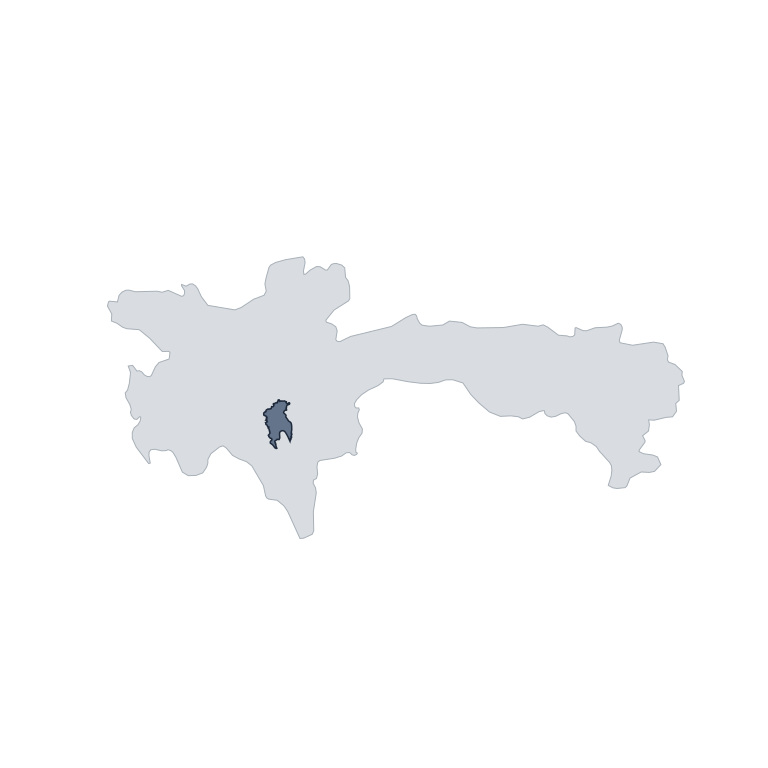 location of Kasy, Vientiane, Laos, rotated 312°
{"feature_id": "54806243B33776683357165", "entity_name": "Kasy", "entity_type": "district", "adm_level": 2, "iso_a3": "LAO", "parent_name": "Laos", "parent_adm1": "Vientiane", "projection": "mercator", "projection_center": [102.146, 19.097], "detail": "fine", "context": "in_parent", "style": "filled", "palette": "slate", "viewbox_px": 768, "rotation_deg": 312, "n_neighbors": 0, "source": "geoboundaries", "source_scale": "gbopen_adm2", "svg_char_len": 8597}
<svg xmlns="http://www.w3.org/2000/svg" viewBox="0 0 768 768"><g transform="rotate(312 384 384)"><path d="M283.0,131.5L286.2,137.5L301.2,153.4L303.7,157.7L309.2,161.0L313.8,175.1L315.7,176.0L318.2,175.0L320.0,173.1L321.6,167.6L322.6,167.0L324.3,171.5L328.5,172.9L330.3,174.8L330.8,178.2L330.2,181.7L326.7,189.7L324.6,200.5L339.2,223.5L345.3,226.7L359.8,230.4L369.7,235.5L374.3,234.3L378.6,228.6L383.9,225.4L393.7,220.5L396.5,220.2L401.9,222.2L410.8,227.9L424.2,238.6L423.7,241.4L421.3,244.2L414.1,248.5L411.8,251.2L413.2,252.2L419.2,252.9L426.2,255.3L428.4,258.1L429.6,264.5L430.8,265.6L437.4,264.9L439.4,265.8L441.7,267.9L444.1,273.1L444.0,277.1L437.5,284.1L436.7,288.2L433.4,293.2L424.5,301.5L422.1,302.0L405.6,297.4L392.5,298.1L391.4,299.8L393.6,304.8L394.3,309.8L392.2,313.6L384.7,318.5L384.4,320.6L386.0,322.9L396.9,327.3L431.8,351.1L447.7,355.7L454.8,358.7L456.6,360.4L456.5,362.5L454.7,365.1L453.1,369.8L453.1,372.6L454.7,375.3L457.5,379.3L467.3,388.3L474.5,390.5L482.0,400.8L484.2,409.8L487.9,415.6L506.0,435.1L521.1,447.0L530.1,459.9L534.5,462.8L535.8,467.5L537.0,481.0L542.2,487.8L543.3,490.5L545.6,492.5L548.1,492.9L553.5,488.5L554.5,489.1L556.9,496.3L559.1,498.9L567.1,503.3L575.6,511.8L580.1,515.0L585.9,517.4L586.7,520.1L585.6,522.9L583.8,524.7L573.9,529.6L572.6,531.8L579.1,542.8L595.5,556.3L600.6,564.4L599.5,568.3L595.0,576.2L591.6,578.4L590.7,580.8L593.2,587.3L592.9,597.2L589.8,599.6L586.9,605.6L584.9,606.1L579.9,603.9L569.4,614.3L564.8,613.8L559.5,619.6L552.7,620.4L548.0,616.0L538.0,609.1L534.4,604.7L531.3,608.5L526.0,612.0L518.6,610.8L516.6,616.0L515.1,616.9L506.1,617.8L504.4,618.7L505.8,623.4L511.2,631.5L512.8,636.1L509.4,643.7L500.1,643.5L495.9,640.4L490.7,634.0L478.7,629.8L470.7,632.7L468.3,632.5L462.3,627.1L460.0,623.6L458.7,618.5L467.8,614.3L472.4,611.0L475.5,607.6L476.7,604.0L478.2,589.0L479.6,583.7L478.8,577.2L476.3,572.0L476.3,564.4L477.6,558.1L481.1,555.0L483.5,550.6L485.0,540.5L483.9,537.9L480.5,535.5L474.7,533.1L471.1,530.2L469.6,526.6L469.7,523.5L471.5,520.7L467.1,517.7L456.7,514.4L450.8,510.4L449.6,505.8L445.3,499.7L437.8,492.1L433.8,481.2L433.4,467.0L434.3,455.4L437.6,442.0L433.2,432.3L428.4,427.1L421.7,423.4L415.3,418.0L409.2,410.9L401.9,400.5L393.5,386.7L387.8,380.5L384.9,381.9L378.7,380.6L369.4,376.6L361.2,374.5L354.3,374.2L349.8,375.1L347.7,377.2L347.5,379.3L349.3,381.3L348.3,382.9L344.7,384.1L341.7,386.4L338.4,391.4L336.1,398.1L332.7,400.6L327.4,401.2L322.1,403.1L317.0,406.3L314.5,408.7L314.8,410.4L313.7,410.8L311.2,409.9L310.0,407.7L310.1,404.2L307.5,401.9L302.1,400.7L295.9,397.0L284.2,387.5L281.6,387.1L277.7,389.5L272.7,394.9L268.6,397.0L265.3,395.9L262.8,397.8L261.0,402.6L257.8,406.5L242.0,416.8L227.9,430.0L224.3,431.2L215.7,427.5L213.0,424.9L224.8,397.8L226.5,391.2L226.1,382.4L221.2,375.2L220.9,373.0L221.7,370.8L227.8,362.4L234.7,340.6L234.3,333.8L231.3,326.3L229.6,319.2L230.9,309.6L230.4,305.8L227.1,303.9L216.3,302.0L210.1,303.6L207.1,306.2L203.5,307.8L196.7,308.8L190.3,305.5L184.9,299.9L183.6,293.1L190.3,278.4L192.0,272.8L191.8,270.1L190.6,267.3L189.0,266.9L185.6,263.5L182.2,257.4L179.0,254.6L176.1,255.1L173.3,257.4L168.8,263.2L167.4,262.4L171.3,242.1L175.1,233.4L179.5,229.4L184.2,227.7L189.1,228.4L193.3,227.6L196.6,225.5L196.3,224.3L192.3,224.0L190.8,221.7L191.6,217.3L193.3,214.5L196.0,213.2L198.7,208.8L201.2,201.4L204.3,197.6L207.9,197.5L214.1,194.3L222.9,188.0L226.2,181.9L229.6,184.7L228.3,191.7L230.1,193.2L230.9,195.8L230.4,199.7L231.1,203.1L232.5,204.7L234.4,205.5L243.7,202.6L249.4,202.4L258.8,207.6L264.3,203.8L264.3,202.3L259.8,197.4L261.2,179.5L260.6,165.8L252.9,155.7L251.3,151.7L250.5,145.0L248.4,139.3L253.9,134.8L256.8,126.4L260.7,124.3L261.9,124.6L266.6,131.0L272.6,127.8L277.1,127.8L281.0,129.5L283.0,131.5Z" fill="#d9dde1" stroke="#a8b0b8" stroke-width="1"/><path d="M288.2,346.1L290.7,343.8L291.7,342.7L292.2,342.1L292.5,341.5L292.8,341.1L292.9,340.6L293.0,339.8L292.7,338.4L292.7,337.8L292.9,336.8L293.0,336.6L293.2,336.0L293.4,334.8L293.7,333.6L293.7,333.3L293.9,333.0L294.0,333.0L294.2,332.8L294.3,332.7L294.8,332.4L295.1,332.2L295.3,331.7L295.4,330.3L295.4,329.5L295.4,329.0L295.7,328.4L296.6,328.0L297.3,328.0L298.2,328.1L298.3,328.2L298.7,328.4L299.4,328.8L299.4,329.0L299.5,329.0L299.5,328.8L299.6,328.7L299.7,328.4L299.9,328.3L299.9,328.2L300.0,328.1L300.0,327.9L300.3,327.8L300.3,327.7L300.5,327.7L300.9,327.4L301.0,327.4L301.1,327.1L301.4,327.1L301.5,327.0L301.8,326.9L302.2,326.5L302.6,326.3L302.9,326.3L302.9,326.2L303.2,326.2L303.6,326.1L304.0,326.1L304.4,326.6L304.9,327.0L305.4,327.0L305.6,327.2L305.8,327.2L306.1,327.1L306.4,326.9L306.5,326.9L306.7,326.5L306.7,326.2L306.0,325.7L305.5,325.7L305.0,325.5L304.9,325.4L304.7,325.2L304.5,324.5L304.5,324.4L304.6,324.0L304.8,323.8L304.8,323.6L305.0,323.5L305.3,323.5L305.4,323.4L305.2,323.3L305.1,323.2L305.1,322.4L305.0,322.2L304.9,322.0L304.9,321.8L304.9,321.5L304.2,320.8L303.9,320.6L303.4,319.9L302.8,319.4L302.6,319.1L302.6,318.9L302.5,318.7L301.7,318.4L301.3,318.2L301.3,317.9L301.4,317.6L301.8,317.3L301.9,317.2L302.1,316.9L301.9,316.5L301.6,316.2L301.4,316.1L301.2,316.1L301.0,316.5L300.4,316.6L300.1,316.5L299.7,316.6L299.5,316.8L299.3,316.8L299.1,316.9L298.9,317.2L298.6,317.1L298.4,317.2L297.9,316.5L297.5,316.1L296.7,315.8L296.1,316.0L295.9,315.9L295.9,315.5L295.8,315.3L295.5,315.0L295.2,315.0L294.9,315.2L294.5,316.3L294.3,316.6L294.1,316.7L293.5,316.6L293.4,316.6L293.1,316.8L292.6,316.5L292.0,315.6L291.7,315.7L291.3,316.1L291.0,316.1L290.6,316.4L290.4,316.6L290.2,316.6L289.9,316.5L289.6,316.1L289.4,316.0L289.0,315.9L288.7,315.5L288.1,315.3L288.1,315.2L288.0,314.7L287.7,314.4L286.4,314.1L286.1,313.9L285.6,314.0L285.1,314.3L284.6,314.7L284.2,314.2L283.9,314.2L283.6,314.4L283.4,314.5L283.1,314.2L282.9,314.1L282.6,314.0L282.4,314.0L281.7,314.3L281.3,314.5L280.6,315.4L280.4,315.7L280.4,315.9L280.5,316.1L280.9,316.4L280.9,316.5L280.9,316.8L280.8,317.0L281.1,317.5L281.1,317.9L281.2,318.1L281.1,318.3L281.1,318.5L281.0,318.8L280.9,318.9L280.6,318.9L280.5,319.1L280.4,319.2L280.5,319.3L280.4,319.3L280.2,319.3L279.9,319.4L279.9,319.5L279.5,320.1L279.3,320.1L279.2,320.1L279.0,320.3L278.9,320.2L279.0,320.3L278.9,320.3L279.0,320.4L278.9,320.4L278.8,320.5L278.7,320.7L278.4,320.7L278.5,320.8L278.3,321.1L278.1,321.3L278.3,321.2L278.4,321.3L278.1,321.5L278.2,321.8L278.0,322.0L277.7,322.3L277.7,322.5L277.1,322.3L276.9,322.3L276.4,322.1L276.2,322.0L276.1,321.9L276.0,322.2L275.7,322.4L275.5,322.8L275.2,322.9L275.2,323.1L275.0,323.4L275.1,323.7L275.0,323.9L275.0,324.0L275.1,324.4L275.2,324.9L275.0,325.3L274.6,325.6L274.6,325.8L274.3,326.5L275.0,327.1L275.0,327.3L274.6,327.5L274.0,327.5L273.6,327.7L273.6,327.8L273.6,328.1L273.6,328.5L273.4,328.8L273.4,329.2L273.0,329.5L272.9,329.6L272.8,330.1L272.7,330.2L272.5,330.3L272.4,330.4L272.3,330.5L272.1,330.7L272.2,330.8L272.2,331.0L272.0,331.3L271.9,331.3L271.9,331.2L271.8,331.3L271.8,331.5L271.6,331.6L271.4,332.0L271.2,332.1L270.9,332.2L270.4,332.2L270.1,332.3L269.3,332.4L269.1,332.4L268.6,332.3L268.4,332.4L268.3,333.0L268.2,333.2L268.0,333.4L267.9,333.7L267.8,334.0L267.8,334.7L267.7,334.8L267.7,335.2L267.6,335.4L267.7,336.0L267.9,336.3L267.9,336.5L268.2,337.0L268.0,337.4L267.6,338.1L267.4,338.1L266.6,338.0L265.7,338.0L264.7,338.3L264.4,338.7L264.0,339.1L264.0,339.7L264.2,340.2L264.2,340.7L264.2,341.1L264.3,341.5L264.3,341.8L264.2,342.4L264.2,342.5L264.2,342.9L264.1,343.1L264.1,343.3L264.0,343.6L264.0,344.0L263.8,344.3L263.7,345.2L263.6,345.4L263.6,345.9L263.8,346.1L263.8,346.7L263.9,347.0L264.1,347.1L264.3,347.3L264.5,347.4L265.0,346.5L265.5,345.4L265.8,345.1L266.4,344.2L266.8,344.0L266.8,343.7L267.1,343.5L267.5,343.0L267.3,342.5L267.4,342.3L267.5,342.2L267.8,342.1L268.0,341.6L268.3,341.2L268.7,341.0L269.7,341.4L270.9,341.5L271.5,341.6L271.5,342.0L271.8,342.4L272.0,342.6L272.3,342.7L272.4,343.0L272.6,343.2L272.8,343.0L274.1,342.7L275.6,341.2L277.4,339.4L278.3,338.9L279.4,338.8L280.6,339.2L281.5,339.9L282.0,340.7L282.2,341.6L282.2,342.6L282.0,343.5L281.2,346.1L280.6,347.7L278.5,352.5L279.0,352.2L279.3,352.1L279.5,352.1L279.8,352.0L280.2,351.9L280.1,351.7L280.4,351.5L280.5,351.6L280.7,351.3L280.7,351.2L280.9,350.9L281.0,351.0L280.9,351.1L281.0,351.2L280.9,351.4L281.1,351.4L281.3,351.4L281.6,351.2L282.0,351.1L281.9,351.0L282.0,350.8L282.1,350.7L282.3,350.8L282.4,350.6L282.7,350.6L282.8,350.6L283.0,350.5L283.0,350.3L283.1,350.1L283.0,349.9L283.4,349.8L283.5,349.9L283.7,349.7L283.8,349.7L284.0,349.5L284.1,349.4L284.3,349.2L284.5,349.0L284.8,349.1L284.8,348.7L285.0,348.5L285.3,348.5L285.3,348.3L285.5,348.2L285.9,347.8L285.8,347.7L286.1,347.5L286.2,347.3L287.5,346.6L288.2,346.1Z" fill="#64748b" stroke="#1e293b" stroke-width="1.5"/></g></svg>